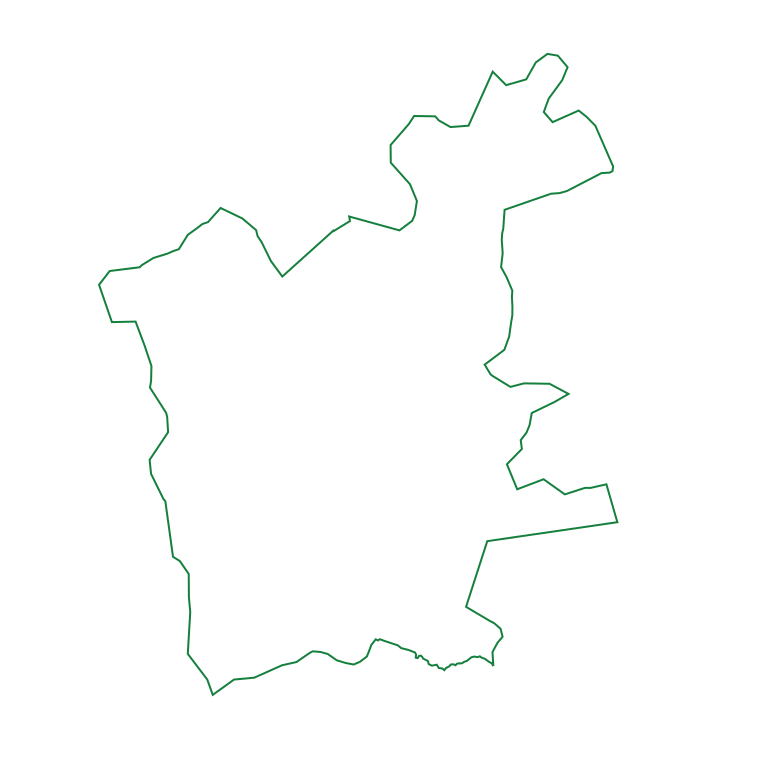 Kanke, Plateau, Nigeria (orthographic projection), rotated 170°
{"feature_id": "59680162B46182656305392", "entity_name": "Kanke", "entity_type": "district", "adm_level": 2, "iso_a3": "NGA", "parent_name": "Nigeria", "parent_adm1": "Plateau", "projection": "orthographic", "projection_center": [9.61, 9.363], "detail": "fine", "context": "isolated", "style": "outline", "palette": "green", "viewbox_px": 768, "rotation_deg": 170, "n_neighbors": 0, "source": "geoboundaries", "source_scale": "gbopen_adm2", "svg_char_len": 2350}
<svg xmlns="http://www.w3.org/2000/svg" viewBox="0 0 768 768"><g transform="rotate(170 384 384)"><path d="M178.2,207.4L182.4,246.6L198.7,245.8L204.1,246.8L225.1,243.9L243.4,262.5L271.1,257.2L276.9,283.6L259.5,296.1L259.1,305.0L252.0,311.5L247.8,318.2L243.5,329.8L219.2,336.7L204.0,342.2L221.0,355.5L246.0,360.3L260.0,359.2L275.7,373.1L277.4,375.0L281.5,385.6L259.5,396.8L252.5,409.0L248.3,422.0L245.7,429.3L244.1,437.9L242.9,447.7L241.4,453.5L244.7,467.9L248.4,478.8L244.4,492.3L243.0,505.5L241.4,512.0L239.6,516.2L235.0,534.6L186.5,542.4L177.9,541.5L170.3,542.3L133.3,553.9L125.0,553.0L124.8,553.0L122.0,554.0L120.6,558.5L131.0,601.6L138.1,611.9L144.8,619.5L172.5,612.6L179.4,624.1L172.2,636.5L155.8,652.2L148.2,664.1L155.8,677.2L165.7,680.7L178.7,674.3L191.0,659.3L211.8,657.1L222.7,672.7L255.9,623.7L273.9,625.5L284.3,634.1L287.1,638.7L307.8,642.7L314.4,635.7L336.0,618.2L338.9,600.8L323.7,576.2L319.8,558.5L324.5,544.9L327.9,539.8L342.1,532.6L389.2,555.0L389.2,550.4L408.1,542.9L406.4,544.4L465.5,507.5L474.0,524.7L479.9,545.0L482.8,551.5L483.2,557.7L494.7,571.6L514.4,585.7L529.2,574.0L535.1,573.1L541.3,569.8L551.3,565.0L562.6,552.4L568.9,551.4L574.5,550.0L589.1,548.2L601.9,543.1L604.3,541.4L634.5,542.9L647.4,531.2L641.2,492.2L617.8,488.6L613.1,463.4L609.9,442.1L612.8,427.6L615.1,421.1L603.5,393.3L603.3,388.8L605.0,374.0L628.0,350.0L629.0,336.0L621.2,309.1L619.7,306.5L621.8,250.4L615.8,245.1L609.3,230.8L613.2,207.6L614.4,193.1L624.1,152.3L609.4,123.7L606.6,107.6L583.0,119.0L581.0,118.8L562.8,117.3L533.3,124.7L518.4,125.4L506.0,131.1L503.8,132.1L500.5,133.1L493.0,131.1L486.3,127.9L478.5,120.1L470.2,115.9L462.5,113.0L455.9,114.6L448.2,118.6L444.6,124.4L441.8,129.2L436.5,134.0L434.5,132.5L432.4,133.4L428.0,130.8L421.1,127.1L415.7,124.2L412.9,120.9L405.8,117.7L400.0,114.1L399.4,111.8L400.3,109.0L398.5,108.2L396.7,110.1L394.9,110.1L393.7,108.5L393.1,106.8L388.8,103.5L388.6,100.4L385.7,98.3L380.8,98.4L379.3,94.7L375.9,93.7L374.3,91.7L372.2,93.5L368.6,94.7L366.8,96.2L364.0,95.8L362.5,94.6L360.4,96.0L355.7,95.4L353.3,96.5L350.6,96.8L345.4,99.7L342.4,99.9L339.6,98.8L339.2,98.8L336.9,99.2L335.8,97.9L332.3,95.8L328.9,92.2L326.4,90.3L325.3,87.3L323.7,101.2L317.2,109.4L311.1,114.5L311.7,122.7L317.0,129.3L321.4,132.7L331.2,141.1L341.9,150.3L309.6,211.3L276.1,210.3L178.2,207.4Z" fill="none" stroke="#15803d" stroke-width="2"/></g></svg>